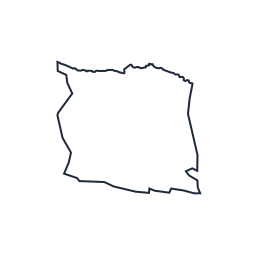 outline of Bath, Virginia, United States of America, rotated 66°
{"feature_id": "52423323B67165300016229", "entity_name": "Bath", "entity_type": "district", "adm_level": 2, "iso_a3": "USA", "parent_name": "United States of America", "parent_adm1": "Virginia", "projection": "orthographic", "projection_center": [-79.859, 38.055], "detail": "fine", "context": "isolated", "style": "outline", "palette": "slate", "viewbox_px": 256, "rotation_deg": 66, "n_neighbors": 0, "source": "geoboundaries", "source_scale": "gbopen_adm2", "svg_char_len": 1692}
<svg xmlns="http://www.w3.org/2000/svg" viewBox="0 0 256 256"><g transform="rotate(66 128 128)"><path d="M66.8,125.0L64.4,130.8L63.5,132.1L62.8,133.6L62.8,134.1L63.3,135.1L62.8,136.4L62.4,137.3L61.9,137.6L61.4,137.6L60.9,138.2L59.4,141.2L59.3,141.6L59.6,142.2L59.2,143.1L58.1,143.4L56.7,145.4L56.4,146.1L56.6,147.0L56.3,147.9L55.4,149.8L54.5,150.9L52.7,151.6L51.7,152.4L51.5,152.8L51.6,153.3L51.4,154.0L48.3,156.7L44.8,159.9L41.3,163.7L40.5,164.0L39.0,165.6L47.3,169.0L54.4,162.8L62.1,165.1L73.8,164.9L85.6,185.5L87.6,187.3L110.5,191.8L127.3,190.1L135.6,196.3L143.7,205.0L153.0,194.9L156.7,194.0L167.7,171.7L175.6,164.8L189.3,146.9L195.8,135.2L192.0,133.1L196.0,129.3L203.9,116.6L200.9,113.2L207.7,102.6L214.6,94.1L217.0,88.6L210.8,88.5L204.1,85.9L196.2,91.5L191.1,92.7L191.0,85.7L195.3,82.2L181.0,75.5L139.6,67.5L126.0,59.6L113.8,51.0L113.2,51.2L112.3,52.8L110.9,53.6L109.3,53.2L108.6,54.0L108.2,55.1L108.2,55.7L108.4,56.4L107.8,57.2L107.1,57.6L106.7,57.6L105.5,56.8L103.9,57.1L103.3,57.9L102.9,58.8L102.9,59.6L102.6,60.0L102.0,60.2L100.4,60.1L99.7,60.2L99.4,60.6L98.3,63.1L96.4,63.9L94.5,66.5L90.0,71.2L88.6,72.4L87.9,72.3L87.5,72.6L86.4,73.5L86.3,74.0L86.2,74.4L86.1,75.3L84.5,77.8L82.3,79.3L80.9,79.7L79.9,79.5L79.3,80.3L79.4,80.9L79.1,81.2L77.9,82.4L78.0,82.6L79.3,83.3L79.2,84.2L78.7,85.2L78.6,86.0L78.9,86.8L79.4,86.8L79.7,86.9L79.8,87.1L78.7,91.7L77.4,93.2L76.8,93.3L76.7,93.4L75.8,95.3L75.8,95.5L75.7,97.2L74.3,98.8L71.7,99.2L71.1,100.2L72.8,107.5L73.1,107.8L74.1,108.2L75.5,108.4L76.4,109.1L76.1,110.0L75.1,111.2L74.3,112.1L74.2,112.6L73.9,113.0L73.0,113.7L71.8,114.8L69.9,117.5L68.6,118.5L68.4,118.9L66.7,123.2L66.8,125.0Z" fill="none" stroke="#1e293b" stroke-width="2"/></g></svg>